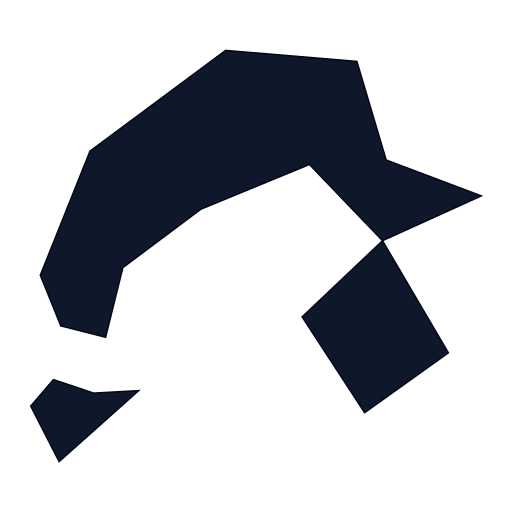 SVG path tracing the border of Hamilton
{"feature_id": "BMU-5137", "entity_name": "Hamilton", "entity_type": "state/province", "adm_level": 1, "iso_a3": "BMU", "parent_name": "Bermuda", "parent_adm1": "", "projection": "natural_earth1", "projection_center": [-64.722, 32.335], "detail": "fine", "context": "isolated", "style": "filled", "palette": "ink", "viewbox_px": 512, "rotation_deg": 0, "n_neighbors": 0, "source": "natural_earth", "source_scale": "10m", "svg_char_len": 412}
<svg xmlns="http://www.w3.org/2000/svg" viewBox="0 0 512 512"><path d="M382.5,240.7L309.4,164.5L200.9,209.2L122.9,267.6L105.6,337.3L60.8,325.9L40.3,275.2L90.0,151.1L225.6,50.4L356.9,61.4L386.2,160.0L481.3,195.9L382.5,240.7ZM302.1,316.9L382.5,240.7L448.4,352.8L364.6,412.7L302.1,316.9ZM30.7,406.1L53.4,379.6L93.7,393.1L138.7,390.6L59.1,461.6L30.7,406.1Z" fill="#0f172a" stroke="#020617" stroke-width="1.5"/></svg>